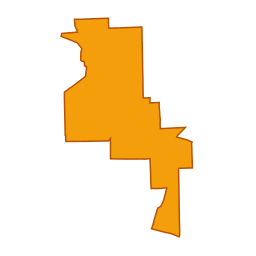 the district of Cioroiasi, Dolj, Romania, rotated 268°
{"feature_id": "2599482B92829335126895", "entity_name": "Cioroiasi", "entity_type": "district", "adm_level": 2, "iso_a3": "ROU", "parent_name": "Romania", "parent_adm1": "Dolj", "projection": "mercator", "projection_center": [23.45, 44.084], "detail": "fine", "context": "isolated", "style": "filled", "palette": "amber", "viewbox_px": 256, "rotation_deg": 268, "n_neighbors": 0, "source": "geoboundaries", "source_scale": "gbopen_adm2", "svg_char_len": 3836}
<svg xmlns="http://www.w3.org/2000/svg" viewBox="0 0 256 256"><g transform="rotate(268 128 128)"><path d="M85.8,191.0L86.7,191.0L89.1,191.1L89.9,191.0L90.6,191.0L91.7,191.0L92.5,191.0L93.9,191.0L95.6,191.0L96.6,191.0L97.7,191.0L99.7,191.0L101.0,191.0L102.0,191.0L106.7,191.1L109.8,191.0L110.5,191.0L110.9,191.1L111.0,191.2L111.1,191.3L111.6,191.7L112.4,190.1L113.3,188.3L113.5,187.9L113.9,186.9L114.8,184.1L115.8,181.0L117.1,176.8L117.2,176.6L117.2,176.4L117.6,176.6L118.2,176.8L118.6,177.1L119.8,178.3L120.7,179.2L122.4,181.1L124.2,182.9L125.8,184.6L126.6,185.4L126.2,160.3L130.5,160.2L131.6,160.3L132.6,160.3L134.7,160.5L135.7,160.5L137.3,160.4L138.5,160.3L139.3,160.2L140.5,160.2L143.1,160.2L144.8,160.1L145.5,160.0L146.1,160.0L146.7,159.9L147.1,159.9L148.2,159.9L149.3,159.9L150.6,160.0L151.5,160.0L152.4,160.1L152.4,154.8L152.3,150.8L157.5,151.1L157.5,150.6L157.5,149.4L157.4,147.4L157.5,145.7L157.5,144.3L158.5,144.2L160.2,144.3L162.1,144.3L165.5,144.4L168.9,144.4L175.9,144.6L180.2,144.6L187.1,144.7L191.6,144.8L201.9,145.0L202.9,145.0L203.6,145.0L204.1,145.0L204.7,145.0L205.4,145.1L205.6,145.0L205.9,145.1L206.1,145.1L206.9,145.1L207.3,145.1L207.7,145.1L209.6,145.1L212.3,145.2L213.0,145.2L213.4,145.1L213.7,145.1L214.1,145.1L214.9,145.1L216.5,145.2L217.4,145.2L218.4,145.2L219.0,145.2L221.0,145.3L222.7,145.3L225.8,145.4L228.5,145.4L228.5,145.0L228.4,144.5L228.5,144.3L228.5,143.9L228.5,143.7L228.5,143.1L228.4,142.1L228.4,141.5L228.5,141.2L228.5,140.9L228.4,139.9L228.4,139.3L228.4,138.9L228.4,137.1L228.4,135.5L228.4,133.1L228.4,132.4L228.4,131.3L228.4,129.9L228.4,128.4L228.4,126.8L228.4,126.1L228.3,124.1L228.3,121.5L228.4,120.1L228.4,119.2L228.4,115.5L228.5,112.2L228.8,112.2L236.0,112.2L238.4,112.3L238.4,111.9L238.4,109.8L238.4,106.8L238.4,95.3L238.3,92.5L238.3,85.5L238.4,80.7L238.5,78.4L237.0,78.4L233.1,78.5L232.3,78.5L232.0,78.6L228.2,80.0L226.3,80.6L225.6,80.9L224.8,65.1L223.7,64.8L223.0,64.6L221.9,64.3L221.8,64.5L218.8,71.6L217.4,74.8L215.2,79.6L214.7,80.6L212.0,82.4L209.3,84.4L208.8,84.6L205.5,83.6L204.1,83.5L201.9,83.4L198.3,83.1L197.2,83.2L196.3,84.3L196.0,86.4L193.9,86.7L191.6,86.8L191.3,87.8L190.8,87.9L190.4,88.8L188.7,88.5L184.0,87.8L181.1,87.3L177.2,82.0L175.1,78.9L171.4,73.8L169.5,70.7L167.3,67.5L166.0,65.7L160.6,65.5L131.6,65.1L123.0,65.0L123.0,65.4L118.3,65.4L116.7,65.4L116.1,85.9L116.1,89.8L116.1,92.0L116.0,94.3L116.0,97.4L115.9,98.7L115.9,100.1L115.8,105.9L115.8,108.3L117.7,109.5L118.3,110.1L115.7,110.0L107.6,109.8L101.1,109.5L99.1,109.5L98.5,109.4L97.8,109.5L97.7,112.5L97.5,115.5L97.0,125.6L96.7,135.0L96.6,138.7L96.3,144.0L96.6,149.1L95.5,149.0L94.4,148.9L82.9,149.0L80.5,149.0L78.8,149.0L76.5,148.9L72.3,148.9L71.1,149.0L69.5,149.0L67.5,149.0L66.7,149.0L66.7,149.8L66.7,150.0L66.7,150.8L66.7,151.2L66.7,151.6L66.7,151.8L66.7,152.0L66.7,152.4L66.7,152.6L66.5,153.0L66.4,153.7L66.4,153.9L66.5,155.6L66.5,158.3L66.5,159.9L66.5,160.4L66.6,160.9L66.8,161.2L66.9,161.9L66.7,164.1L66.7,164.6L66.3,164.5L62.9,163.6L58.0,162.1L55.2,161.3L54.2,161.0L53.9,160.8L53.2,160.5L52.5,160.2L51.5,159.6L50.6,159.1L50.1,158.8L49.8,158.7L49.6,158.5L49.2,158.3L48.9,158.2L48.5,157.9L48.4,157.9L48.0,157.0L47.4,155.8L47.0,155.2L46.8,155.0L46.5,154.9L45.3,154.4L43.3,153.7L41.4,153.0L40.2,152.7L39.3,152.3L37.1,151.6L34.1,150.6L33.9,150.6L33.7,150.5L32.1,150.1L31.3,149.8L30.9,149.7L30.5,149.6L30.3,149.5L28.6,148.8L27.8,148.5L26.5,147.9L26.0,149.5L22.7,160.6L21.8,164.1L21.4,165.6L21.3,166.4L20.8,167.8L17.6,175.1L17.5,175.4L18.5,175.8L21.8,176.0L24.9,176.1L26.2,176.1L27.8,176.1L30.6,176.1L35.9,176.2L37.9,176.2L41.1,176.3L44.6,176.3L48.8,176.4L51.5,176.5L54.6,176.5L58.5,176.6L63.8,176.7L66.3,176.8L68.4,176.8L75.2,176.9L85.1,177.1L85.4,177.1L85.6,177.2L85.7,177.4L85.9,177.5L86.0,177.7L86.0,178.2L85.9,180.0L85.9,183.3L85.9,188.4L85.8,191.0Z" fill="#f59e0b" stroke="#b45309" stroke-width="1.5"/></g></svg>